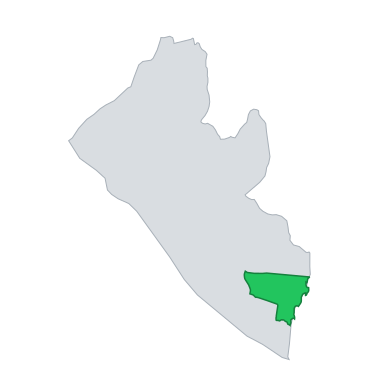 Liberia, with River Gee highlighted, rotated 8°
{"feature_id": "LBR-1458", "entity_name": "River Gee", "entity_type": "County", "adm_level": 1, "iso_a3": "LBR", "parent_name": "Liberia", "parent_adm1": "", "projection": "natural_earth1", "projection_center": [-7.733, 5.165], "detail": "fine", "context": "in_parent", "style": "filled", "palette": "green", "viewbox_px": 384, "rotation_deg": 8, "n_neighbors": 0, "source": "natural_earth", "source_scale": "10m", "svg_char_len": 3448}
<svg xmlns="http://www.w3.org/2000/svg" viewBox="0 0 384 384"><g transform="rotate(8 192 192)"><path d="M62.7,158.4L66.0,155.1L70.9,144.7L77.8,134.6L84.2,128.7L89.3,122.5L94.6,117.8L102.3,112.4L114.0,97.9L116.8,96.3L118.7,86.3L121.6,73.5L125.1,69.6L133.0,67.2L134.9,65.0L137.8,56.1L139.6,45.6L139.7,43.4L142.9,43.1L148.3,40.9L151.4,41.9L152.8,44.9L153.5,47.4L169.8,40.9L171.2,39.6L172.0,39.8L174.1,45.7L175.3,45.3L176.2,43.6L177.3,43.4L178.6,44.2L179.9,47.0L181.9,49.4L185.5,51.1L187.7,53.5L187.4,59.8L188.3,65.9L189.8,67.3L190.6,70.9L191.0,74.9L191.9,77.0L192.5,81.1L192.2,85.4L192.8,88.4L195.4,93.7L197.0,100.3L197.0,105.0L196.1,109.9L194.3,114.4L191.3,119.3L191.0,121.3L192.8,122.5L195.6,122.8L197.9,121.8L203.6,124.1L206.6,127.3L209.3,131.3L211.7,133.3L212.8,135.8L216.9,135.1L221.6,132.7L222.6,131.6L224.0,132.2L227.1,132.4L229.2,128.1L231.0,123.0L234.6,117.6L236.5,115.5L236.9,112.0L237.1,107.5L238.5,103.6L241.5,101.4L244.8,101.5L246.6,102.3L247.5,106.0L250.1,108.9L252.4,110.9L253.6,111.7L255.5,114.0L257.3,121.6L264.3,146.2L263.9,153.0L262.5,157.4L262.5,161.7L262.0,166.0L257.7,173.0L245.0,187.4L246.0,188.7L249.0,190.3L252.1,191.2L254.7,190.7L257.8,194.3L261.2,198.8L264.9,201.2L270.1,203.2L274.7,203.5L278.6,202.7L284.1,203.6L289.9,207.3L292.0,213.5L293.4,218.8L295.4,221.6L295.7,226.2L299.8,230.3L305.8,231.1L313.4,235.9L315.4,235.7L316.2,235.1L317.2,236.0L319.1,249.8L320.6,257.1L319.8,260.1L318.8,262.4L318.7,273.6L315.2,280.0L314.7,287.0L313.7,289.3L310.0,291.3L310.0,296.7L309.0,303.3L308.6,310.2L309.6,328.4L309.8,341.9L311.5,344.4L304.3,343.3L283.0,333.0L266.6,327.1L211.7,293.2L196.5,279.7L178.9,259.4L139.9,218.7L131.0,212.2L119.8,209.0L112.8,205.6L108.0,201.8L104.0,190.5L94.2,183.8L76.2,174.3L62.7,158.4Z" fill="#d9dde1" stroke="#a8b0b8" stroke-width="1"/><path d="M320.0,259.8L320.1,260.0L319.8,260.6L319.0,261.2L318.6,262.3L318.6,265.0L318.3,265.8L317.4,265.3L317.5,266.4L317.7,267.7L318.1,269.0L318.7,270.0L319.7,270.6L320.3,270.4L320.8,270.5L321.1,271.9L321.3,273.3L321.2,274.1L320.9,274.9L320.1,276.1L320.0,276.6L319.7,277.8L319.4,278.3L318.8,278.6L318.7,278.3L318.7,277.7L318.5,277.3L318.4,276.9L318.7,276.5L318.8,276.2L318.1,276.1L317.9,276.3L316.3,277.3L315.8,278.0L315.6,278.6L314.9,281.0L315.4,284.5L315.4,285.7L315.0,287.0L313.3,290.5L312.4,290.1L311.4,290.1L310.3,290.7L309.6,292.0L309.4,293.2L309.9,297.4L309.8,299.0L310.3,300.0L310.8,301.0L311.2,302.4L311.2,303.5L310.4,303.0L309.6,302.9L307.7,304.7L307.7,305.4L308.1,307.6L308.0,308.4L307.7,310.0L307.7,310.5L307.4,310.3L307.0,310.0L305.7,309.7L305.3,309.5L305.0,309.2L304.5,308.0L304.3,307.8L304.0,307.5L303.5,307.3L302.6,307.2L300.7,306.0L300.2,305.9L299.8,305.9L299.7,306.0L299.2,306.2L298.8,306.0L298.6,306.0L298.3,306.1L298.1,306.2L297.5,306.9L296.9,307.3L296.7,307.4L296.4,307.5L296.1,307.4L295.4,307.2L295.1,307.2L294.7,307.3L294.1,307.3L293.8,307.3L293.5,307.4L293.3,307.3L293.1,307.1L293.0,306.5L292.8,305.4L292.8,305.2L292.7,304.9L292.8,304.6L292.8,304.3L292.9,304.1L292.8,303.8L292.8,303.5L292.7,303.0L292.8,292.5L292.7,292.1L292.5,291.8L292.2,291.4L291.5,291.1L281.3,289.0L272.6,287.4L270.5,287.2L270.1,287.4L269.8,287.4L269.4,287.3L267.2,285.6L266.3,285.3L263.5,284.8L263.6,282.5L263.6,281.4L263.3,280.2L263.0,279.6L261.1,276.2L256.7,271.0L256.4,270.5L256.0,269.6L255.5,267.7L255.3,266.6L255.3,265.7L255.8,263.0L258.0,264.0L264.9,263.9L273.2,262.8L277.2,261.9L320.0,259.8L320.0,259.8Z" fill="#22c55e" stroke="#15803d" stroke-width="1.5"/></g></svg>